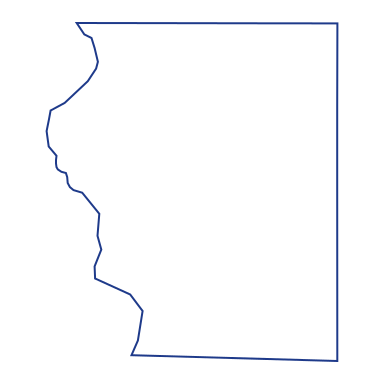 Sullivan, Indiana, United States of America
{"feature_id": "52423323B15974038514354", "entity_name": "Sullivan", "entity_type": "district", "adm_level": 2, "iso_a3": "USA", "parent_name": "United States of America", "parent_adm1": "Indiana", "projection": "equal_earth", "projection_center": [-87.538, 39.081], "detail": "fine", "context": "isolated", "style": "outline", "palette": "blue", "viewbox_px": 384, "rotation_deg": 0, "n_neighbors": 0, "source": "geoboundaries", "source_scale": "gbopen_adm2", "svg_char_len": 570}
<svg xmlns="http://www.w3.org/2000/svg" viewBox="0 0 384 384"><path d="M337.2,105.7L337.4,23.4L257.8,23.3L76.7,23.0L84.3,34.4L91.5,38.0L94.6,48.0L97.9,61.8L96.1,68.6L87.8,81.2L64.7,102.9L50.6,110.5L49.0,119.2L46.6,131.1L48.7,146.5L56.5,155.8L56.0,160.0L56.0,163.5L56.5,167.1L57.8,169.4L61.4,171.8L65.9,173.0L67.2,177.1L67.7,183.0L69.9,187.1L73.5,190.1L82.2,192.7L99.3,213.8L97.5,235.8L101.3,249.6L94.6,266.4L95.1,278.5L130.2,294.5L142.6,311.0L137.9,340.5L131.5,355.2L337.3,361.0L337.3,355.0L337.2,188.2L337.2,105.7Z" fill="none" stroke="#1e3a8a" stroke-width="2"/></svg>